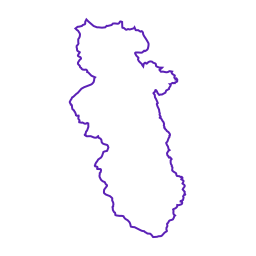 Quynh Nhai, Son La, Vietnam, rotated 188°
{"feature_id": "81297802B11613956410948", "entity_name": "Quynh Nhai", "entity_type": "district", "adm_level": 2, "iso_a3": "VNM", "parent_name": "Vietnam", "parent_adm1": "Son La", "projection": "albers", "projection_center": [103.617, 21.775], "detail": "fine", "context": "isolated", "style": "outline", "palette": "violet", "viewbox_px": 256, "rotation_deg": 188, "n_neighbors": 0, "source": "geoboundaries", "source_scale": "gbopen_adm2", "svg_char_len": 5801}
<svg xmlns="http://www.w3.org/2000/svg" viewBox="0 0 256 256"><g transform="rotate(188 128 128)"><path d="M188.3,144.0L188.1,144.0L187.9,143.1L186.8,142.8L186.2,140.4L185.6,138.9L183.8,137.8L183.4,136.9L182.6,136.3L181.5,134.2L181.3,133.4L180.3,133.0L178.7,133.4L178.5,133.0L178.6,130.8L178.2,129.9L177.3,129.1L177.0,128.4L177.2,127.5L177.2,127.1L177.1,126.9L174.6,126.8L173.8,127.1L171.7,126.3L170.9,126.3L169.8,126.7L169.2,127.3L168.0,127.0L167.4,123.6L168.2,119.7L169.0,118.7L169.2,116.6L169.9,115.2L169.7,114.9L168.6,114.8L168.3,114.2L167.6,114.1L163.7,114.7L160.1,113.8L158.9,113.9L158.4,113.9L157.4,114.5L156.9,115.4L156.4,115.7L155.9,114.5L155.8,114.3L153.7,113.6L152.7,112.5L152.1,110.4L151.4,109.6L150.5,109.0L149.3,108.7L146.3,108.3L145.6,107.7L144.7,106.0L145.5,102.5L146.6,102.0L147.6,101.7L149.0,100.9L149.8,96.7L150.6,95.0L153.1,92.7L154.1,90.4L154.7,89.5L155.3,87.8L155.4,86.5L155.6,86.3L155.5,85.8L155.2,85.5L153.8,85.4L153.0,85.2L152.7,84.6L152.9,83.4L152.7,83.1L149.6,83.5L149.1,83.2L148.8,82.2L149.0,80.4L149.7,79.4L149.5,77.7L149.6,76.7L149.3,75.6L148.0,73.6L147.1,72.6L145.5,71.7L143.6,71.2L143.3,71.0L142.6,69.8L141.7,68.9L141.1,68.7L140.8,68.2L140.8,67.6L143.0,63.7L143.0,61.9L142.8,60.6L142.5,60.1L140.6,59.0L136.4,58.0L134.5,56.8L133.8,56.2L133.6,54.1L132.3,52.1L131.8,50.4L131.9,49.3L131.8,48.2L132.3,47.8L132.3,47.3L131.9,46.3L131.7,45.3L131.6,44.8L130.4,43.1L129.8,42.6L129.3,42.5L129.0,42.2L128.7,41.4L128.5,40.2L127.9,39.9L127.2,39.8L124.0,39.8L121.9,40.1L120.7,40.1L120.1,39.9L119.6,39.1L118.5,38.0L117.5,37.4L115.5,36.6L113.4,34.9L113.0,34.3L112.2,32.8L111.8,31.4L111.3,30.7L109.2,30.6L107.7,30.7L101.3,28.5L99.9,28.1L97.5,28.0L96.5,27.2L95.2,26.8L94.1,26.2L91.4,26.4L90.2,25.7L88.9,24.5L88.3,23.7L87.9,23.5L84.1,24.3L82.8,25.0L80.4,25.5L79.5,26.1L77.2,29.5L75.2,31.2L75.2,31.6L75.9,33.0L76.0,34.8L75.5,35.6L75.4,36.3L75.5,37.1L75.9,38.1L75.9,38.8L75.0,39.8L74.7,41.0L74.2,41.9L73.6,42.4L71.7,43.2L70.8,43.8L70.1,45.7L69.9,47.1L69.2,47.9L70.6,48.8L71.0,49.4L71.3,50.5L71.4,52.4L72.0,53.6L71.8,53.9L69.7,55.2L68.6,56.6L68.4,57.0L68.5,58.6L67.4,58.6L66.9,58.7L64.8,59.7L64.0,60.5L63.9,61.5L64.2,62.3L65.7,62.5L65.7,63.0L63.7,64.2L63.5,64.5L63.3,67.0L63.9,67.8L63.9,68.1L63.2,69.5L62.4,69.7L62.2,69.9L62.1,70.2L63.0,71.3L62.9,72.6L65.3,74.8L64.9,75.9L63.8,77.9L63.8,78.7L64.0,79.1L64.7,79.7L66.3,80.6L65.6,82.8L65.7,83.4L66.5,84.0L68.1,84.6L68.0,85.0L67.1,86.0L67.2,86.4L68.1,87.1L69.0,86.8L70.5,87.4L72.2,87.3L72.9,87.4L73.6,88.3L74.0,89.7L74.3,90.0L77.0,91.2L78.2,92.0L78.4,92.4L78.5,95.2L79.3,96.0L79.4,97.1L80.4,98.2L80.9,99.5L81.3,101.9L80.5,103.3L82.1,104.8L82.4,104.8L82.8,104.4L83.3,104.4L83.8,105.0L84.1,105.8L84.8,106.1L85.2,106.5L85.8,108.2L85.8,108.7L84.8,111.0L83.8,111.9L84.8,112.6L85.9,115.3L86.9,116.4L88.0,118.2L88.1,118.6L87.1,120.1L86.4,123.5L85.7,124.9L85.7,125.3L86.0,125.9L85.5,126.6L85.6,127.6L86.1,128.3L87.5,129.7L89.1,130.4L90.0,131.5L90.9,131.9L91.2,132.7L92.2,133.3L92.1,134.2L92.9,135.5L92.8,136.9L93.6,138.7L94.6,139.6L96.3,141.8L98.0,142.6L98.0,142.9L97.2,143.5L97.3,143.9L98.6,145.5L98.5,146.9L99.2,148.2L99.8,150.5L101.8,153.6L102.8,155.7L102.7,156.2L102.0,156.8L102.1,157.1L104.6,161.1L105.4,161.9L105.8,163.0L106.1,164.5L107.6,165.9L107.5,166.5L106.4,167.5L106.2,169.2L105.9,169.4L105.4,169.3L104.4,168.2L103.7,166.9L101.7,165.1L100.4,165.7L99.0,165.9L95.9,168.2L95.4,170.4L92.8,172.4L92.9,173.3L91.7,175.9L91.8,176.6L92.5,177.2L91.9,177.3L90.3,178.8L89.7,178.9L88.9,178.7L88.5,179.0L87.8,179.0L87.6,179.7L86.2,180.5L85.8,181.0L85.9,182.4L87.0,182.5L86.5,183.2L86.6,183.6L87.1,183.9L88.4,183.5L89.0,184.2L89.2,184.7L89.0,185.8L89.0,186.5L91.4,187.6L92.2,188.3L92.6,189.1L92.2,190.0L93.9,190.1L94.9,190.0L96.4,188.9L97.9,188.5L101.2,188.7L103.2,188.3L104.9,189.9L104.7,190.2L104.0,190.8L103.7,191.4L102.8,192.2L102.6,192.5L105.7,192.2L108.2,192.9L108.6,193.1L108.9,193.5L109.3,195.1L109.7,195.5L110.0,195.7L112.2,196.2L113.4,197.0L114.8,197.1L115.9,196.8L117.0,196.1L118.1,194.6L118.6,194.3L118.8,194.3L119.6,195.0L120.2,195.0L121.0,194.2L121.4,193.4L121.5,191.1L122.6,192.2L123.2,193.3L125.0,194.5L126.4,195.6L127.0,196.3L127.7,197.5L127.4,198.7L127.5,199.1L129.7,200.7L131.1,202.5L131.4,203.2L131.3,203.4L131.0,203.8L128.7,204.2L125.4,204.4L124.4,204.8L122.8,206.7L122.4,206.4L121.9,206.5L120.8,207.3L119.9,208.2L119.4,209.2L119.2,211.3L119.2,213.3L119.5,214.7L120.5,216.1L122.5,218.6L124.9,221.3L126.0,222.9L126.4,224.3L127.0,225.2L127.9,225.8L128.9,225.3L129.2,225.2L131.6,226.3L133.3,226.0L134.0,226.0L135.6,228.6L136.0,227.7L136.8,227.2L139.5,226.0L140.2,225.8L141.7,226.0L143.2,225.1L143.8,225.1L146.1,226.5L147.4,226.5L147.7,227.1L148.6,232.2L150.0,232.5L150.6,232.3L151.1,231.4L151.1,231.2L151.2,230.9L151.9,230.1L152.7,229.8L155.7,229.7L157.5,229.3L158.6,227.7L162.4,226.2L163.3,226.2L164.6,224.5L167.8,223.7L171.2,223.6L172.7,223.4L176.2,224.2L182.1,228.0L184.3,229.7L185.1,227.3L185.1,226.8L184.9,225.4L185.2,224.7L187.1,223.7L187.9,222.6L190.4,221.6L192.0,221.2L193.9,219.2L192.1,217.9L191.0,217.4L189.0,215.0L188.6,214.2L188.5,212.4L188.6,211.4L188.9,210.4L189.5,209.3L189.6,208.8L189.2,206.0L188.8,204.9L189.1,203.8L190.2,202.2L190.2,201.0L189.5,199.3L189.3,198.1L188.7,197.3L186.3,196.3L186.3,196.1L187.3,194.1L187.7,192.9L187.6,192.6L187.4,192.3L186.6,191.9L185.0,191.5L184.4,190.8L184.2,190.1L185.4,188.6L186.6,185.9L186.5,184.6L185.9,184.0L184.7,183.1L184.3,182.7L184.1,181.9L183.7,181.4L182.7,181.0L182.1,180.1L181.1,179.6L180.4,179.6L179.3,179.6L177.8,180.0L176.8,179.5L176.4,179.1L176.2,177.7L175.6,177.7L175.1,177.5L171.5,174.7L167.6,173.6L168.2,172.6L168.3,172.1L168.2,170.8L168.4,168.8L168.9,167.9L169.8,166.6L170.8,165.8L177.1,162.3L179.6,160.4L182.6,155.8L183.9,154.6L186.5,151.3L187.6,150.5L188.0,149.0L188.6,147.8L189.3,145.8L189.1,145.0L188.3,144.0Z" fill="none" stroke="#5b21b6" stroke-width="2"/></g></svg>